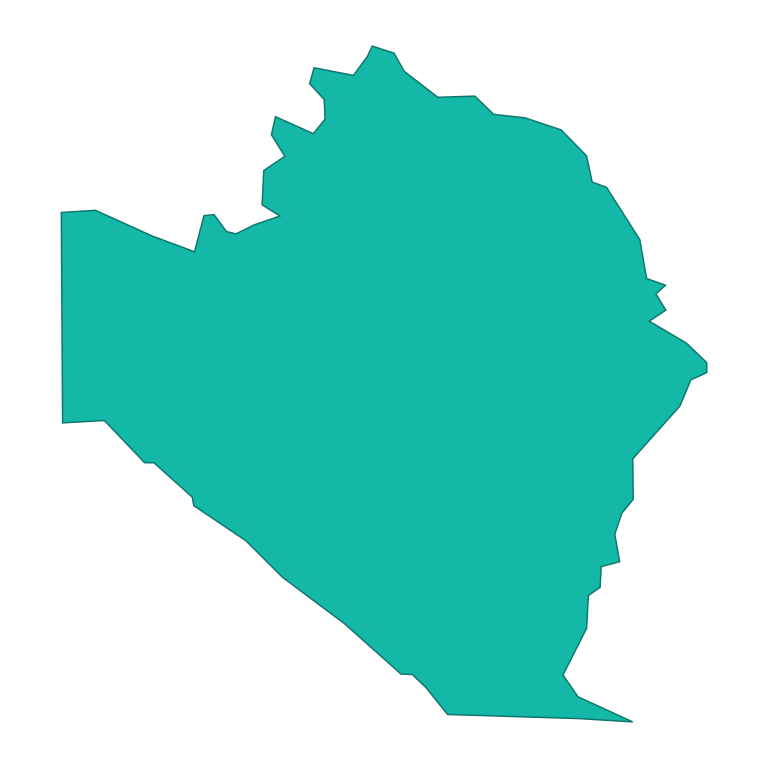 Torodi, Tillabéri, Niger
{"feature_id": "23599985B58853598919637", "entity_name": "Torodi", "entity_type": "district", "adm_level": 2, "iso_a3": "NER", "parent_name": "Niger", "parent_adm1": "Tillabéri", "projection": "orthographic", "projection_center": [1.533, 13.115], "detail": "fine", "context": "isolated", "style": "filled", "palette": "teal", "viewbox_px": 768, "rotation_deg": 0, "n_neighbors": 0, "source": "geoboundaries", "source_scale": "gbopen_adm2", "svg_char_len": 971}
<svg xmlns="http://www.w3.org/2000/svg" viewBox="0 0 768 768"><path d="M254.3,224.8L235.9,233.9L226.4,231.5L214.0,214.6L204.0,215.7L194.5,251.8L151.9,235.9L95.4,210.3L61.3,212.5L62.6,422.9L104.4,420.5L144.6,462.7L154.0,462.8L192.2,497.1L193.8,505.7L245.8,540.7L282.6,577.4L344.4,623.6L400.9,674.0L412.3,674.5L425.8,687.4L447.6,714.5L579.3,718.6L632.7,721.9L578.0,696.8L563.0,675.0L586.6,628.3L588.4,595.5L600.1,587.3L601.2,566.6L619.6,561.7L614.8,534.1L621.9,513.1L633.2,499.3L632.8,458.8L680.0,405.9L690.8,379.9L706.7,372.6L706.7,362.6L686.4,343.1L649.2,321.2L665.8,310.1L655.9,293.9L665.5,285.3L646.6,278.5L639.8,239.6L606.5,187.3L592.2,182.1L586.5,155.8L561.1,129.9L524.8,117.8L493.7,114.4L474.8,96.1L437.8,97.3L404.1,71.2L394.1,53.2L372.2,46.1L367.3,56.6L353.4,75.4L314.1,67.8L309.6,83.7L324.2,99.5L325.1,119.1L313.3,133.7L275.5,116.7L271.4,134.7L284.8,156.3L263.8,170.5L262.1,204.8L279.9,216.0L254.3,224.8Z" fill="#14b8a6" stroke="#0f766e" stroke-width="1.5"/></svg>